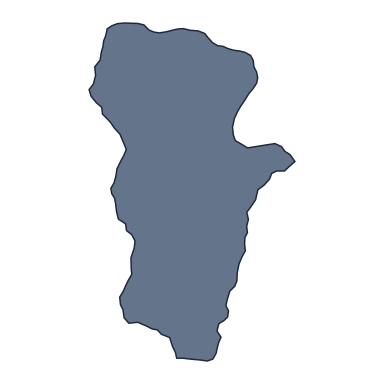 São João do Manhuaçu, Minas Gerais, Brazil (Mercator projection)
{"feature_id": "56859067B45199340096443", "entity_name": "São João do Manhuaçu", "entity_type": "district", "adm_level": 2, "iso_a3": "BRA", "parent_name": "Brazil", "parent_adm1": "Minas Gerais", "projection": "mercator", "projection_center": [-42.151, -20.379], "detail": "fine", "context": "isolated", "style": "filled", "palette": "slate", "viewbox_px": 384, "rotation_deg": 0, "n_neighbors": 0, "source": "geoboundaries", "source_scale": "gbopen_adm2", "svg_char_len": 1799}
<svg xmlns="http://www.w3.org/2000/svg" viewBox="0 0 384 384"><path d="M212.8,359.1L216.1,353.3L217.2,348.1L218.6,342.7L221.0,337.2L217.0,331.0L218.8,323.7L224.0,320.5L227.6,317.0L228.5,311.0L225.9,305.6L227.3,299.3L229.8,291.1L234.8,286.2L236.9,280.8L237.2,273.0L239.0,264.0L242.1,256.6L245.3,250.8L244.6,243.4L244.9,237.7L247.4,232.7L246.7,226.2L248.4,219.5L246.8,212.2L250.6,207.2L255.6,199.7L257.9,189.8L264.2,185.0L269.5,179.2L271.7,173.4L276.6,171.0L284.5,171.0L288.8,166.9L294.9,161.5L290.0,154.6L285.0,151.4L281.5,146.6L274.9,143.6L265.1,145.1L255.8,146.6L247.6,147.9L240.5,143.6L235.3,140.6L233.3,134.8L232.5,127.0L234.4,118.5L237.2,112.3L240.5,106.5L244.9,100.0L249.0,93.4L253.0,88.7L256.6,83.2L257.7,77.9L256.6,72.1L253.9,66.8L253.3,60.7L250.6,55.4L244.8,52.3L239.6,51.0L233.3,50.2L227.8,48.5L223.1,46.4L217.5,45.6L212.5,42.6L208.2,37.9L204.8,33.5L198.1,30.9L190.3,30.3L183.3,28.6L177.8,29.0L172.9,30.1L166.3,31.8L159.4,32.9L154.0,32.1L149.0,30.0L143.9,24.9L137.5,23.4L132.4,23.3L124.7,23.0L117.6,23.6L112.0,25.7L107.2,28.8L105.8,35.5L103.6,41.1L103.0,46.5L101.3,52.3L100.1,60.1L94.8,66.8L95.6,75.6L93.4,84.0L89.1,89.6L91.0,96.1L96.2,102.6L101.7,107.3L102.5,114.1L106.6,118.2L110.9,122.9L114.2,127.9L120.0,134.3L123.1,141.6L126.3,149.4L123.8,155.5L120.9,160.8L117.0,168.7L115.8,176.6L114.0,183.0L110.9,188.3L111.8,193.8L114.6,198.2L115.6,203.7L116.5,211.6L118.4,219.1L125.6,223.9L126.5,230.6L131.7,234.6L135.0,240.9L134.2,248.2L131.0,257.8L131.2,268.0L131.8,274.3L128.2,280.5L125.6,285.8L123.5,290.8L119.7,297.2L120.5,304.8L123.0,309.7L124.1,317.7L128.8,323.2L137.8,322.3L145.5,325.6L152.3,329.0L157.4,329.9L161.4,334.3L169.6,337.5L172.6,346.6L175.4,352.4L176.7,358.2L182.9,358.2L190.3,359.1L200.2,360.0L207.4,361.0L212.8,359.1Z" fill="#64748b" stroke="#1e293b" stroke-width="1.5"/></svg>